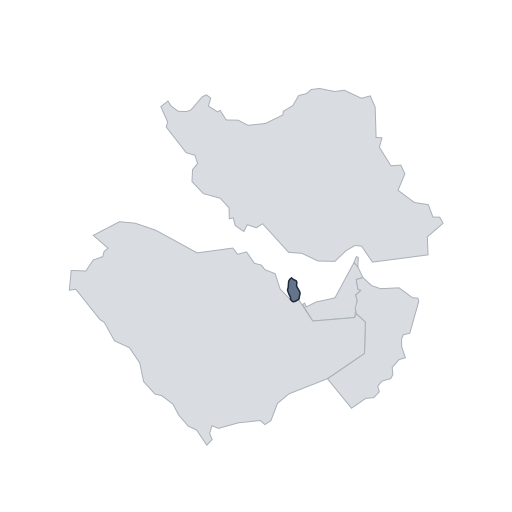 map of Qatar with United Arab Emirates, Oman, Iran and Saudi Arabia greyed out, rotated 346°
{"feature_id": "QAT", "entity_name": "Qatar", "entity_type": "country or territory", "adm_level": 0, "iso_a3": "QAT", "parent_name": "Asia", "parent_adm1": "", "projection": "albers", "projection_center": [51.193, 25.359], "detail": "fine", "context": "with_neighbors", "style": "filled", "palette": "slate", "viewbox_px": 512, "rotation_deg": 346, "n_neighbors": 4, "source": "natural_earth", "source_scale": "50m", "svg_char_len": 2921}
<svg xmlns="http://www.w3.org/2000/svg" viewBox="0 0 512 512"><g transform="rotate(346 256 256)"><path d="M289.4,314.3L291.8,313.5L292.4,317.6L303.0,315.2L322.5,315.7L349.5,286.1L352.2,291.1L354.5,302.8L347.6,303.1L346.8,312.8L349.3,314.8L343.3,318.0L343.4,324.1L336.8,339.6L295.3,332.8L289.4,314.3Z" fill="#d9dde1" stroke="#a8b0b8" stroke-width="1"/><path d="M339.4,336.4L339.6,330.4L343.4,324.1L343.3,318.0L349.3,314.8L346.8,312.8L347.6,303.1L354.5,302.8L361.0,312.7L368.8,317.8L387.1,321.5L397.8,334.4L402.8,336.0L403.0,339.3L386.4,368.3L380.0,367.9L377.3,371.5L375.4,379.2L376.3,390.9L369.8,391.1L361.2,397.0L360.1,404.3L357.0,407.6L348.1,407.8L342.6,411.7L342.8,417.6L336.0,421.9L328.0,420.7L311.8,426.8L295.6,392.3L337.7,376.7L346.1,346.7L339.4,336.4ZM352.2,291.1L349.5,286.1L353.2,280.9L354.9,282.1L352.2,291.1Z" fill="#d9dde1" stroke="#a8b0b8" stroke-width="1"/><path d="M250.1,229.3L243.2,221.4L243.2,213.5L239.1,213.4L241.5,202.7L235.3,191.3L220.0,182.7L211.9,168.3L215.3,156.9L221.7,152.1L221.1,143.5L213.2,138.8L200.1,109.1L202.7,104.7L199.8,88.0L208.1,84.3L209.8,89.8L215.5,96.8L223.6,99.0L228.0,98.7L242.4,88.5L246.9,87.6L250.3,91.9L246.0,98.9L253.4,106.7L256.4,106.0L260.0,116.8L271.5,119.9L279.9,127.3L297.3,129.7L316.3,125.6L317.4,122.2L328.0,119.1L336.3,110.6L344.4,110.7L349.6,107.8L358.2,108.8L372.0,115.4L381.7,116.5L396.5,128.5L405.6,128.3L407.6,140.5L401.2,170.1L406.8,171.8L402.0,180.3L408.7,201.1L418.5,202.8L420.3,212.3L409.7,226.6L422.6,242.4L435.6,247.9L437.1,261.0L443.7,262.8L445.4,269.5L426.9,278.9L423.2,296.5L367.5,290.1L360.9,272.1L354.5,269.7L344.4,272.7L331.2,280.3L314.8,275.8L301.2,264.5L288.5,260.3L270.2,226.3L263.2,228.7L255.1,223.6L250.1,229.3Z" fill="#d9dde1" stroke="#a8b0b8" stroke-width="1"/><path d="M73.2,225.3L87.3,229.4L97.1,220.5L107.2,219.5L109.8,214.7L114.3,212.6L103.1,196.6L131.8,189.7L146.8,195.0L165.0,206.8L199.6,238.7L235.4,242.7L238.5,249.9L247.8,249.7L252.7,262.7L259.1,266.2L261.3,271.4L270.3,277.8L271.4,293.9L279.0,306.7L283.1,309.7L286.8,308.6L295.3,332.8L336.8,339.6L339.4,336.4L346.1,346.7L337.7,376.7L295.6,392.3L254.6,397.7L241.2,404.2L230.6,419.4L223.8,421.7L220.3,416.6L198.4,413.6L177.9,414.2L172.2,410.0L168.0,417.1L169.1,423.4L162.5,427.7L156.3,410.6L149.2,404.8L142.6,391.9L139.5,379.5L130.6,368.6L124.6,365.6L116.6,350.7L117.3,331.5L111.0,314.4L98.2,304.1L92.8,283.8L89.3,280.1L73.1,244.7L66.6,244.0L73.2,225.3Z" fill="#d9dde1" stroke="#a8b0b8" stroke-width="1"/><path d="M285.2,308.9L284.0,309.2L282.8,309.5L281.9,309.5L281.1,309.4L280.6,309.1L279.6,307.8L278.9,306.2L279.3,305.3L279.5,304.7L278.6,300.4L278.3,297.1L278.4,296.4L278.9,295.6L279.8,293.9L280.3,292.2L281.6,288.4L283.0,286.9L285.1,285.8L286.8,288.0L288.9,289.6L289.3,291.4L288.7,292.9L288.1,295.2L288.4,296.3L288.6,297.2L289.1,298.8L289.7,300.8L289.8,302.2L289.5,303.6L288.8,304.7L287.4,308.0L286.9,308.3L285.2,308.9Z" fill="#64748b" stroke="#1e293b" stroke-width="1.5"/></g></svg>